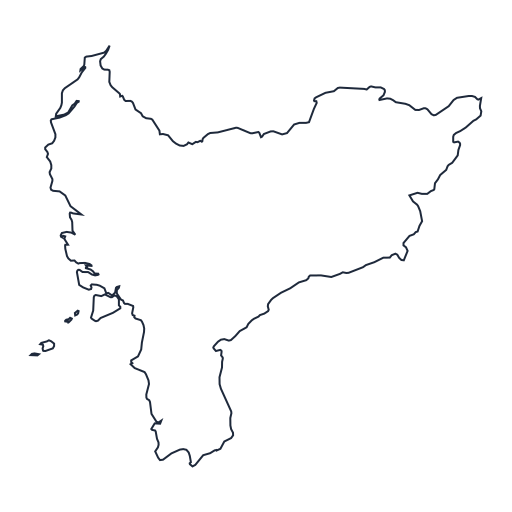 SVG path tracing the border of Kalimantan Barat
{"feature_id": "IDN-1228", "entity_name": "Kalimantan Barat", "entity_type": "Province", "adm_level": 1, "iso_a3": "IDN", "parent_name": "Indonesia", "parent_adm1": "", "projection": "orthographic", "projection_center": [110.805, -0.499], "detail": "fine", "context": "isolated", "style": "outline", "palette": "slate", "viewbox_px": 512, "rotation_deg": 0, "n_neighbors": 0, "source": "natural_earth", "source_scale": "10m", "svg_char_len": 5894}
<svg xmlns="http://www.w3.org/2000/svg" viewBox="0 0 512 512"><path d="M109.6,45.6L108.1,49.9L105.9,53.7L103.8,56.6L100.8,59.1L100.1,61.3L100.6,65.5L102.3,68.5L104.3,69.6L107.8,69.7L109.3,70.2L109.7,71.8L109.3,81.9L110.6,85.2L112.2,87.2L119.4,93.4L120.0,94.2L120.2,96.5L122.2,95.8L122.8,96.4L124.2,99.8L125.6,101.0L130.5,100.9L132.0,101.7L133.0,103.0L135.5,109.5L141.0,113.2L142.7,116.3L146.1,118.2L150.9,118.8L152.3,119.6L159.4,130.6L159.9,134.3L163.0,134.0L168.1,135.3L172.9,141.2L176.0,143.6L179.7,145.5L183.6,145.9L187.0,144.3L188.4,142.5L192.3,144.2L195.8,141.9L197.5,142.2L200.3,140.8L201.8,141.7L202.3,141.3L202.6,139.2L203.4,137.9L207.9,134.1L210.2,133.0L217.8,132.4L236.1,127.7L237.7,127.9L250.4,133.2L252.2,133.3L258.4,132.0L259.3,132.8L261.0,137.2L262.0,136.7L263.9,134.0L270.7,131.4L273.4,131.3L282.1,134.4L287.0,133.1L294.1,124.5L299.3,122.9L305.9,122.9L309.0,122.2L313.9,108.9L316.7,102.9L316.3,101.2L314.4,101.2L314.0,100.5L314.6,98.4L316.1,97.3L325.5,92.8L333.9,91.2L337.8,88.0L339.8,87.6L364.1,88.9L366.7,89.5L369.6,86.9L371.1,86.4L375.4,87.4L380.7,87.4L384.0,89.0L384.8,90.1L384.9,91.9L383.5,95.3L379.7,98.5L379.3,99.3L379.5,100.0L387.0,98.4L390.2,98.7L393.1,100.2L395.8,102.2L405.4,103.8L409.3,105.2L415.3,109.9L419.0,110.0L423.9,108.2L425.6,108.3L427.4,109.3L431.5,114.2L433.8,115.3L435.8,114.9L448.7,106.2L453.6,100.0L457.0,97.8L468.7,96.0L472.0,96.0L475.0,96.9L477.4,99.3L478.4,99.6L481.2,98.1L479.9,105.9L480.0,108.3L481.3,111.3L480.6,115.6L476.2,119.4L473.4,120.8L465.8,127.5L460.2,131.1L456.1,133.0L453.8,134.9L453.2,136.8L453.2,141.8L454.1,142.4L458.1,141.6L459.6,142.7L460.1,143.8L460.1,145.1L458.4,150.0L457.7,155.4L452.2,162.8L448.7,164.9L447.6,166.2L446.2,169.9L440.2,175.0L437.9,179.4L435.0,183.2L434.3,189.2L433.7,190.0L430.9,191.1L427.2,193.9L422.0,193.9L417.5,192.8L409.4,195.4L413.0,201.4L417.1,204.7L418.1,206.1L420.2,211.2L422.1,221.2L419.5,225.8L417.6,231.5L415.7,232.1L413.8,234.3L409.5,235.9L403.5,243.0L403.5,245.4L406.0,247.3L407.6,250.9L403.8,260.3L401.4,260.0L399.1,257.8L397.3,254.7L395.4,253.7L391.7,255.2L389.8,257.6L383.3,257.7L374.3,262.2L365.9,265.1L363.0,267.2L348.6,272.8L346.4,273.0L342.8,272.3L339.9,273.9L331.3,277.0L321.0,275.4L310.1,275.5L308.8,276.7L308.3,278.4L306.2,280.2L298.9,282.4L290.2,288.3L281.1,292.7L273.0,298.1L271.2,299.8L268.1,304.1L267.8,306.3L268.7,309.7L268.1,311.1L264.3,313.6L259.9,315.1L258.5,316.6L253.9,318.8L251.8,320.3L248.3,323.9L246.6,327.3L239.7,331.1L235.3,336.1L230.9,340.1L228.8,340.6L224.3,339.1L220.9,339.7L218.0,341.7L214.0,346.1L213.3,347.4L213.6,348.3L215.9,351.0L220.3,349.9L221.4,350.7L221.6,351.7L221.1,355.4L222.7,357.5L222.8,358.6L222.1,361.8L222.0,367.5L219.5,377.2L219.6,384.2L220.9,388.7L231.2,411.4L231.4,413.2L230.3,418.0L230.4,425.5L231.1,429.1L233.0,432.7L233.1,435.3L231.1,438.1L224.3,441.5L220.4,448.8L216.6,450.5L216.4,450.0L214.6,450.4L210.1,453.2L203.2,455.2L195.3,464.9L192.5,466.4L189.9,464.2L189.7,463.3L190.9,462.2L189.8,455.9L188.7,452.5L186.4,449.8L183.3,449.1L179.9,449.6L171.4,453.4L163.0,459.7L160.0,460.1L158.1,457.6L155.2,451.4L157.9,447.4L158.6,444.8L158.5,442.4L157.0,438.8L155.7,431.5L155.1,430.5L152.1,429.9L151.3,429.0L154.7,423.4L160.1,423.7L161.3,420.6L158.6,422.4L156.5,421.8L151.5,413.9L150.0,402.0L149.2,400.2L147.0,398.9L146.4,397.6L146.3,394.5L149.0,384.0L148.5,380.4L146.0,374.3L144.6,372.1L134.7,368.1L130.6,364.2L132.3,363.1L131.2,362.1L131.2,360.4L138.0,356.4L141.2,349.5L141.9,342.5L144.0,332.1L144.2,328.6L143.5,325.1L142.0,321.7L140.9,320.2L135.5,318.5L134.3,317.3L134.5,315.7L132.7,315.1L132.1,313.3L133.3,307.3L133.1,306.0L127.8,303.9L125.0,303.9L124.0,303.0L123.0,300.5L121.0,299.6L117.3,294.2L116.8,293.1L116.8,290.2L118.9,287.7L119.2,286.3L116.8,287.0L116.0,287.8L115.1,292.6L112.1,295.5L108.3,292.9L106.3,293.3L104.4,288.3L99.8,285.7L96.8,284.8L91.8,284.4L90.7,285.5L91.5,287.4L91.1,289.0L88.8,289.7L83.1,287.4L79.2,284.9L76.9,272.1L77.4,270.6L78.3,269.8L79.6,269.9L82.5,272.0L88.2,272.1L91.9,274.5L95.1,275.4L97.8,274.9L98.5,274.5L98.2,273.7L94.6,273.5L93.1,271.4L90.6,269.5L85.9,268.2L85.9,267.6L87.0,267.0L85.9,265.4L91.5,265.9L91.5,265.4L89.6,264.0L85.0,262.9L79.6,263.1L78.3,263.6L76.1,262.3L74.5,260.5L70.9,260.7L68.3,258.4L67.0,256.1L65.3,248.8L65.1,245.5L65.3,244.8L68.0,244.7L64.3,238.8L65.2,236.4L63.2,235.8L62.4,236.2L62.4,237.5L61.0,236.7L60.7,235.4L61.9,233.0L66.6,231.9L71.3,232.6L75.3,234.7L72.5,230.7L72.2,222.1L71.6,219.9L70.0,217.3L69.7,213.7L70.1,212.6L71.0,212.6L73.0,213.4L81.4,214.5L70.5,206.2L65.3,195.5L59.6,191.4L53.1,190.8L51.1,189.7L50.5,187.6L52.4,180.9L52.4,179.1L49.9,174.2L49.6,172.1L51.3,168.5L51.3,165.1L50.2,161.5L46.8,157.1L48.0,153.9L47.4,152.0L45.2,149.2L45.2,147.5L48.3,144.6L52.2,143.3L54.1,140.8L55.4,137.4L55.4,134.2L51.0,122.4L50.8,120.5L51.5,119.3L59.6,117.6L65.8,115.2L68.6,113.4L74.5,106.5L76.8,102.9L78.7,101.7L78.7,101.1L76.6,100.9L74.7,103.7L72.3,105.4L68.2,112.5L64.2,114.6L55.8,116.3L56.2,113.7L60.3,107.9L61.4,105.1L61.9,102.6L61.9,93.2L62.9,90.3L64.8,88.2L77.6,79.4L79.2,77.3L81.7,72.5L85.3,67.9L85.2,67.1L84.5,67.1L80.4,70.4L80.6,69.0L83.8,66.0L84.3,64.6L84.8,57.6L86.3,56.6L91.6,56.0L104.2,52.6L106.3,50.7L109.6,45.6ZM118.9,305.3L120.3,306.8L120.3,308.3L113.0,312.8L100.6,318.0L97.9,320.7L96.0,321.2L94.9,320.8L91.6,318.6L91.0,317.6L93.2,310.6L93.8,297.2L94.4,295.7L95.7,295.0L101.3,296.1L104.9,294.4L110.5,297.2L111.9,297.2L114.4,295.5L115.9,295.8L117.2,296.8L118.9,299.4L118.9,305.3ZM54.1,343.6L54.1,346.1L52.8,348.4L45.4,351.0L43.3,350.9L43.0,350.4L42.6,348.4L43.3,346.2L42.9,344.7L40.2,344.2L41.3,342.9L46.9,341.4L48.9,340.3L51.2,341.3L54.1,343.6ZM70.1,317.8L71.8,318.6L71.4,319.6L68.7,322.3L68.3,322.5L67.9,321.1L66.3,321.2L66.4,321.6L65.2,321.4L65.2,320.7L66.3,319.7L68.7,319.2L70.1,317.8ZM30.7,355.1L31.9,353.9L34.5,353.4L38.9,354.2L37.4,355.4L30.7,355.1ZM77.7,310.7L78.6,311.1L78.1,313.4L77.0,314.6L75.2,315.4L74.9,313.0L77.7,310.7Z" fill="none" stroke="#1e293b" stroke-width="2"/></svg>